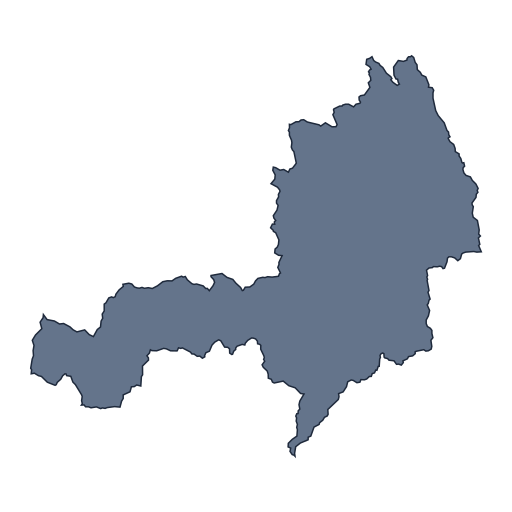 outline of Bolognesi, Áncash, Peru
{"feature_id": "86281439B24717538266370", "entity_name": "Bolognesi", "entity_type": "district", "adm_level": 2, "iso_a3": "PER", "parent_name": "Peru", "parent_adm1": "Áncash", "projection": "albers", "projection_center": [-77.196, -10.093], "detail": "fine", "context": "isolated", "style": "filled", "palette": "slate", "viewbox_px": 512, "rotation_deg": 0, "n_neighbors": 0, "source": "geoboundaries", "source_scale": "gbopen_adm2", "svg_char_len": 6027}
<svg xmlns="http://www.w3.org/2000/svg" viewBox="0 0 512 512"><path d="M81.4,405.1L84.0,404.9L85.6,406.8L88.5,406.8L91.0,407.8L96.4,406.9L100.7,408.6L102.4,407.9L105.1,408.4L107.1,407.6L114.6,406.6L120.0,407.1L121.6,401.1L123.2,398.5L123.2,394.9L130.0,391.8L131.4,386.8L134.3,386.6L136.7,385.0L140.8,386.0L141.4,376.6L142.6,374.8L142.5,366.0L148.5,360.1L148.4,357.8L146.9,355.8L149.4,353.1L150.4,349.8L151.8,350.6L156.7,350.8L163.6,348.4L166.3,348.8L170.5,350.8L176.4,350.9L177.2,350.8L178.5,347.8L180.7,348.4L182.4,347.9L190.5,352.1L191.8,353.9L194.1,354.1L197.2,356.3L199.8,356.1L202.4,358.2L204.8,356.8L204.6,355.6L205.9,352.7L209.4,351.2L212.0,345.1L214.8,342.1L218.7,339.8L220.8,340.8L224.6,347.1L227.7,347.3L229.5,348.8L229.7,353.1L231.8,354.5L232.6,354.2L233.7,351.2L235.7,349.5L235.7,347.9L237.1,346.2L242.2,344.4L244.8,345.0L245.3,343.2L247.7,340.4L251.5,338.0L253.2,338.1L255.6,338.9L257.4,341.1L257.6,343.8L259.7,344.3L260.8,345.4L260.7,349.2L263.9,355.9L264.3,357.8L263.6,359.3L264.7,361.2L262.1,364.8L263.3,367.3L267.2,371.0L268.2,374.2L268.3,378.2L271.3,379.3L272.5,382.1L274.2,383.0L283.2,381.1L288.8,385.7L295.2,387.8L300.6,393.5L304.0,394.0L299.8,401.1L299.0,404.7L299.8,409.1L298.2,410.8L298.1,413.5L296.8,413.7L295.8,416.1L296.6,417.9L296.2,421.1L297.4,424.4L296.7,427.4L297.4,429.6L296.9,436.1L292.3,439.3L288.3,443.3L288.1,446.9L290.7,448.1L290.0,451.4L292.2,454.6L293.9,455.1L295.0,456.2L294.6,453.4L295.7,446.7L300.4,443.0L308.1,439.8L308.2,437.2L310.8,436.1L314.0,427.1L319.1,424.4L319.6,422.7L322.7,420.3L324.5,417.3L327.2,416.0L328.1,414.3L327.8,409.5L338.3,399.5L339.0,396.8L338.6,393.6L343.1,391.9L346.5,386.7L347.7,381.8L351.2,380.0L353.2,380.4L356.9,382.7L359.9,382.2L360.9,379.6L364.4,379.8L366.7,379.0L369.3,376.5L371.3,376.4L372.2,373.6L374.5,372.9L375.7,370.1L376.9,370.3L378.2,366.4L379.2,366.3L379.7,359.0L380.4,357.4L380.0,355.4L381.1,353.7L382.7,353.0L383.9,353.7L384.1,357.1L384.8,357.9L387.6,358.6L389.0,360.2L394.0,360.8L396.5,364.3L398.6,364.1L401.3,365.1L403.3,362.6L402.9,360.9L407.4,358.8L408.5,356.6L412.6,355.9L415.2,353.7L415.1,351.9L416.1,351.3L423.8,349.7L425.8,351.1L428.3,350.8L431.2,349.1L431.8,346.4L430.9,340.3L432.9,337.7L431.9,333.5L431.9,330.4L430.4,328.3L427.4,326.5L426.2,323.6L426.2,320.0L428.4,315.9L429.6,310.5L427.2,304.9L428.3,303.4L429.0,300.2L430.1,299.1L428.0,292.2L429.0,290.5L427.1,280.4L427.6,279.3L426.8,277.0L427.6,275.6L426.5,270.2L429.0,268.0L432.4,267.6L433.4,266.6L437.4,266.8L439.6,266.2L441.6,266.6L443.0,268.6L444.5,268.2L447.0,261.8L447.5,258.1L448.9,256.8L451.4,256.8L454.7,257.9L457.8,260.7L460.4,258.7L461.7,254.0L463.1,253.0L465.7,252.1L473.8,251.5L476.8,252.1L481.3,251.8L478.6,245.5L479.8,244.4L478.4,237.9L480.4,236.0L478.7,234.1L479.2,229.9L477.4,220.5L473.2,217.2L472.3,213.2L473.3,206.6L472.2,204.9L472.0,203.0L476.0,197.4L476.3,194.2L477.9,192.3L477.2,190.5L478.1,188.4L475.9,184.0L472.3,180.4L470.4,176.9L466.0,175.4L463.9,172.9L462.9,169.4L463.2,167.6L464.6,166.2L463.8,162.7L462.4,163.0L461.9,162.4L460.8,158.5L459.1,156.0L459.1,153.9L455.3,151.6L455.1,148.4L453.7,144.5L450.0,141.7L448.2,138.5L448.4,137.7L450.0,136.8L448.8,134.8L448.5,132.0L447.0,130.5L444.2,122.8L438.2,115.6L435.7,110.6L433.0,98.2L433.0,92.8L433.7,90.3L432.2,87.7L428.5,87.2L428.9,84.8L425.8,76.9L421.8,75.1L420.3,72.3L417.3,69.6L417.0,64.8L415.2,62.4L413.7,57.5L411.6,55.8L410.5,56.7L408.5,56.8L407.1,58.5L406.9,60.1L403.4,61.4L398.3,60.5L393.6,67.1L394.0,75.2L396.0,79.0L397.6,79.2L398.3,82.4L399.4,84.1L397.2,85.4L392.9,82.3L390.8,79.7L391.9,78.6L390.8,76.7L386.4,73.2L382.8,67.5L380.1,65.4L378.9,63.4L375.6,62.0L373.7,60.5L372.0,56.7L369.7,58.3L366.7,59.3L366.0,64.4L369.7,66.7L371.1,69.2L369.6,70.0L368.5,71.8L369.4,72.9L369.0,74.5L370.5,77.3L370.7,79.4L370.8,80.3L368.3,82.8L369.9,87.4L364.4,95.0L360.6,95.7L359.0,97.0L359.2,100.1L360.5,102.1L359.9,103.3L356.0,104.2L353.6,106.9L348.6,104.2L345.5,104.2L342.7,105.1L342.2,106.0L339.6,106.1L333.9,108.9L333.5,109.8L334.2,112.3L332.9,114.7L337.1,124.6L336.0,126.7L332.0,126.8L325.4,122.8L320.7,126.1L319.0,124.8L307.3,122.0L303.7,119.7L301.0,120.0L299.0,121.7L295.9,121.8L290.9,124.6L289.4,124.3L289.5,127.8L288.4,130.6L289.4,132.0L289.4,135.3L291.5,140.2L291.9,142.8L291.3,147.1L292.4,149.9L293.9,151.6L296.3,163.2L292.5,168.2L289.9,169.0L288.4,172.2L283.7,169.5L280.0,170.2L275.7,167.7L273.3,167.1L272.8,170.3L275.2,174.9L274.8,179.1L271.0,183.7L277.5,187.2L279.7,190.0L280.0,191.4L278.4,194.4L278.6,196.9L276.5,200.6L276.5,203.1L278.1,205.4L277.0,210.1L273.3,215.7L273.9,218.1L275.7,220.5L274.3,222.0L274.7,224.2L272.4,224.1L270.6,227.8L273.3,230.4L273.4,231.4L275.7,232.7L278.9,239.9L278.4,244.6L277.2,247.2L275.1,249.0L274.7,252.9L278.6,255.3L282.1,255.6L278.9,262.4L279.0,264.4L277.8,267.4L280.5,273.0L279.5,273.6L278.4,276.3L272.1,277.1L267.6,276.7L265.0,277.6L262.8,277.3L257.9,278.4L255.5,280.9L253.8,284.1L249.8,287.0L245.2,287.2L243.4,290.3L242.3,290.6L240.6,287.5L235.9,283.2L232.8,279.4L227.0,277.4L222.0,273.5L211.0,275.5L211.0,276.7L213.7,279.6L214.6,282.4L213.0,285.8L209.3,290.7L207.3,288.4L205.7,288.5L203.2,285.9L196.6,284.0L193.9,284.4L191.9,283.7L187.3,279.8L185.3,276.5L183.1,277.1L181.6,276.2L175.7,278.3L172.0,280.9L167.2,280.8L162.8,281.7L157.5,285.8L152.3,288.5L148.3,287.7L144.4,288.3L142.0,287.4L139.4,288.2L137.1,287.9L134.4,287.0L131.8,284.0L128.8,283.2L122.9,284.3L123.3,286.4L119.1,289.9L115.9,294.2L115.2,296.7L113.3,297.6L111.6,296.9L108.8,297.9L105.9,302.9L104.2,304.1L104.2,311.0L102.2,314.1L102.7,318.3L101.1,321.1L100.5,327.0L97.3,329.5L93.4,336.6L89.2,334.6L84.7,329.9L76.9,331.9L73.1,329.8L70.0,326.9L63.6,323.5L59.5,324.0L54.4,321.0L47.1,319.6L43.4,314.6L43.1,317.7L40.1,322.2L41.8,328.7L35.5,335.0L32.3,340.3L34.0,345.5L33.1,350.6L33.5,355.8L32.2,359.1L30.7,368.3L31.6,369.7L31.2,373.8L34.4,373.2L38.5,375.7L41.4,376.4L47.3,382.2L55.1,385.3L56.2,384.7L57.3,382.3L60.7,379.3L62.7,375.7L65.0,373.8L66.1,374.0L66.6,375.6L70.8,376.3L72.9,382.1L75.4,384.6L81.6,394.8L82.2,396.5L81.6,400.7L82.3,403.6L81.4,405.1Z" fill="#64748b" stroke="#1e293b" stroke-width="1.5"/></svg>